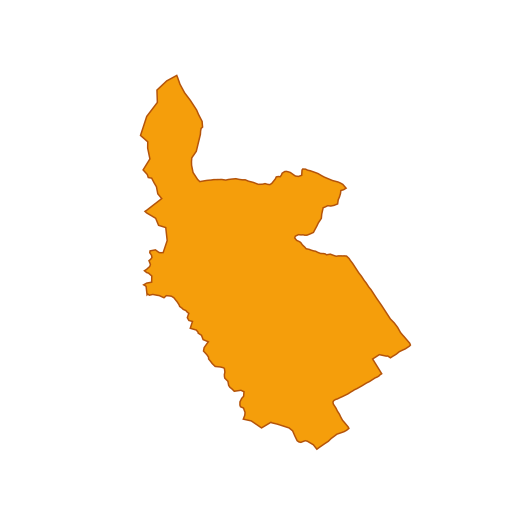 Odeda, Ogun, Nigeria, rotated 57°
{"feature_id": "59680162B82944797684000", "entity_name": "Odeda", "entity_type": "district", "adm_level": 2, "iso_a3": "NGA", "parent_name": "Nigeria", "parent_adm1": "Ogun", "projection": "albers", "projection_center": [3.501, 7.325], "detail": "fine", "context": "isolated", "style": "filled", "palette": "amber", "viewbox_px": 512, "rotation_deg": 57, "n_neighbors": 0, "source": "geoboundaries", "source_scale": "gbopen_adm2", "svg_char_len": 4402}
<svg xmlns="http://www.w3.org/2000/svg" viewBox="0 0 512 512"><g transform="rotate(57 256 256)"><path d="M61.4,224.1L60.5,235.5L62.9,248.7L73.5,255.1L79.4,271.6L92.0,287.2L101.3,284.6L106.5,288.1L116.8,292.1L122.3,303.8L128.5,302.8L131.5,303.6L133.9,301.1L139.2,301.6L143.7,301.8L150.4,304.5L156.5,303.8L158.1,322.8L158.1,324.8L160.2,324.3L169.7,319.6L177.2,321.0L183.0,316.2L194.7,322.1L202.6,332.0L201.4,334.1L200.3,335.4L199.0,335.9L196.1,337.0L194.1,341.8L194.0,342.1L195.4,343.3L198.4,343.2L200.6,344.1L201.4,346.2L201.6,348.3L205.5,349.1L206.4,350.1L207.0,351.1L207.4,353.9L207.6,354.8L207.6,357.6L210.4,356.7L211.8,355.5L216.0,354.3L221.1,357.8L219.2,362.4L219.0,365.9L220.6,365.1L221.6,364.7L229.2,368.5L229.0,367.5L230.8,366.8L232.0,363.5L235.1,360.3L236.5,358.7L240.9,355.9L240.4,352.8L242.2,350.5L243.7,348.8L246.3,347.6L249.7,347.3L251.2,347.1L255.0,347.1L256.7,347.5L259.4,346.5L261.2,346.1L263.6,344.5L265.0,344.4L267.0,343.8L267.5,343.6L270.3,347.2L273.5,347.4L276.3,344.9L280.8,350.5L285.6,346.4L288.5,346.1L289.2,346.5L292.8,344.9L297.3,345.9L302.0,342.7L302.8,344.9L304.6,349.4L307.1,351.8L311.9,351.0L314.8,350.9L316.6,351.8L319.5,351.5L322.4,351.3L326.4,350.4L329.6,346.4L332.2,344.0L333.2,343.8L336.4,345.3L338.2,347.1L339.9,348.1L341.5,348.7L345.8,347.8L349.6,349.4L351.8,349.4L354.7,348.5L357.6,347.9L360.4,341.8L363.3,340.0L366.9,342.8L367.6,345.5L369.6,348.9L372.3,350.7L374.0,351.1L376.7,349.3L381.3,350.4L383.5,352.2L385.9,355.5L391.7,349.8L403.2,345.0L403.6,334.0L404.4,333.7L408.5,329.8L418.2,321.9L422.6,320.5L427.8,321.4L433.3,322.1L435.3,321.3L436.7,319.9L437.7,315.3L439.3,313.8L445.6,310.7L451.2,310.2L451.0,307.3L450.8,300.5L450.8,296.2L450.4,294.4L450.0,292.4L449.8,289.2L449.5,285.1L450.3,282.0L451.3,277.8L451.5,274.8L451.2,272.0L449.8,271.8L446.3,272.2L442.9,272.6L441.0,272.9L439.2,272.8L436.8,272.6L434.1,272.2L430.3,272.2L427.2,271.8L425.0,271.8L422.3,271.8L420.4,271.0L420.1,270.5L419.6,269.4L419.7,267.1L420.2,265.7L420.5,262.9L420.9,260.6L421.7,254.1L421.7,250.6L421.8,248.3L421.8,246.2L422.2,243.7L422.6,237.2L422.6,235.7L422.7,232.2L422.8,231.5L423.1,229.1L423.1,224.5L423.1,222.6L423.5,220.3L423.6,218.4L423.2,216.9L423.2,214.7L405.9,214.3L405.9,206.3L410.9,201.3L411.6,200.0L414.6,198.7L414.6,198.4L414.6,196.4L414.6,195.7L414.6,195.3L414.7,193.8L414.7,191.5L414.3,188.0L414.7,184.6L415.2,181.5L415.2,179.2L415.2,176.5L414.8,175.0L412.9,174.6L409.9,175.0L404.5,175.7L402.2,176.1L398.8,176.5L393.1,176.1L387.4,176.5L382.0,177.6L374.8,177.6L371.9,177.6L371.0,177.6L366.4,177.6L356.9,177.9L352.3,177.9L347.2,177.9L346.9,177.9L343.5,178.3L338.5,178.3L335.5,178.6L330.5,178.6L326.0,179.0L314.9,179.0L311.1,179.3L308.8,179.3L305.4,180.1L304.2,181.6L303.0,183.5L301.9,185.1L300.7,187.0L299.9,188.9L298.0,190.4L294.9,192.7L293.4,196.2L291.8,196.9L290.7,198.1L289.1,200.4L286.5,202.3L284.5,203.4L283.0,205.0L280.7,206.9L279.5,207.7L278.4,208.8L277.2,210.0L274.9,210.3L273.4,210.7L271.5,211.1L269.6,211.1L268.1,211.5L266.9,212.2L265.0,213.4L261.9,213.7L260.8,212.2L261.2,208.8L261.5,208.4L262.8,206.8L263.9,204.9L265.1,203.8L266.3,201.9L267.0,198.4L267.5,195.0L266.0,192.3L264.1,188.8L262.2,185.7L260.7,182.3L260.0,180.7L258.1,179.2L256.6,178.0L252.1,173.4L252.5,171.5L252.9,168.4L254.8,166.1L256.0,163.1L256.4,161.1L256.8,159.2L253.7,156.5L251.9,153.8L251.8,153.7L249.6,151.1L247.3,149.2L248.1,146.5L248.2,143.5L243.2,144.2L240.9,145.4L240.1,145.9L238.6,146.9L234.4,150.7L230.5,153.4L227.1,155.7L224.4,157.2L220.6,159.1L217.5,161.4L214.0,164.1L212.1,166.0L210.2,167.1L208.5,169.4L209.0,170.6L213.2,173.7L212.4,177.1L212.1,177.4L210.4,179.4L208.5,180.2L204.7,181.7L203.2,182.9L201.6,184.4L200.8,185.9L200.8,189.0L201.9,190.5L202.7,192.5L201.5,194.0L200.7,195.9L201.9,197.8L203.7,203.2L203.7,205.5L202.1,207.4L200.2,209.0L199.8,210.2L199.4,211.3L198.3,213.2L197.1,215.1L192.9,218.1L189.1,221.6L186.3,223.5L184.8,225.8L182.5,228.5L180.2,230.8L178.2,234.6L176.7,237.7L175.9,240.0L173.2,243.0L170.1,248.0L168.9,249.9L167.7,252.6L167.0,253.8L165.8,256.1L163.6,261.2L163.0,262.6L160.0,263.3L154.7,263.3L151.6,263.3L144.8,260.6L141.7,258.7L138.7,256.4L135.7,249.1L134.2,247.5L123.7,236.4L121.3,234.6L121.0,234.4L120.2,233.6L119.1,232.5L118.8,230.6L117.1,229.7L113.8,227.9L105.8,227.1L101.3,226.3L95.2,226.3L92.8,226.3L89.8,226.3L85.6,226.6L80.3,227.0L70.4,226.2L67.3,225.4L66.3,225.2L63.9,224.6L61.4,224.1Z" fill="#f59e0b" stroke="#b45309" stroke-width="1.5"/></g></svg>